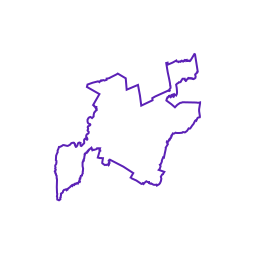 outline of Kota Tebing Tinggi, Sumatera Utara, Indonesia, rotated 30°
{"feature_id": "22746128B29639616204280", "entity_name": "Kota Tebing Tinggi", "entity_type": "district", "adm_level": 2, "iso_a3": "IDN", "parent_name": "Indonesia", "parent_adm1": "Sumatera Utara", "projection": "equal_earth", "projection_center": [99.154, 3.328], "detail": "fine", "context": "isolated", "style": "outline", "palette": "violet", "viewbox_px": 256, "rotation_deg": 30, "n_neighbors": 0, "source": "geoboundaries", "source_scale": "gbopen_adm2", "svg_char_len": 5846}
<svg xmlns="http://www.w3.org/2000/svg" viewBox="0 0 256 256"><g transform="rotate(30 128 128)"><path d="M160.2,44.3L149.2,30.7L148.5,30.8L148.4,37.5L148.3,38.7L148.1,39.2L147.6,39.4L147.1,39.1L146.6,39.5L146.4,40.0L145.6,40.5L145.1,39.9L144.9,40.3L144.3,40.0L143.6,40.6L143.7,41.3L143.1,41.2L143.2,41.7L142.9,42.3L142.7,42.3L142.5,42.8L142.1,42.7L141.8,43.0L140.9,42.8L140.4,43.5L140.5,44.1L140.3,44.5L139.3,44.7L138.8,45.6L138.1,45.4L137.6,45.8L136.7,45.9L136.1,45.4L133.9,49.1L130.8,53.2L129.6,51.6L128.6,52.6L134.4,59.7L139.0,64.8L142.1,68.4L143.4,70.3L143.7,70.3L144.8,72.0L144.6,73.8L145.5,74.7L145.2,75.4L144.8,75.5L144.3,75.1L143.4,76.5L135.8,87.1L134.1,90.0L135.4,91.7L128.3,102.0L122.1,93.9L115.1,85.7L107.7,95.5L101.2,86.1L91.9,86.0L91.4,87.1L87.0,93.8L87.0,94.0L85.9,95.1L84.8,95.9L85.3,96.7L85.4,97.0L83.8,98.7L82.8,98.8L81.6,99.8L81.6,100.2L80.9,100.2L80.8,100.9L80.6,101.0L80.3,102.5L79.5,102.3L79.1,102.7L78.6,102.7L74.9,106.3L71.2,110.6L71.9,113.0L86.3,112.9L86.3,125.5L87.4,125.5L87.5,125.9L88.7,126.2L90.1,125.6L90.2,125.8L89.9,126.1L89.9,126.8L90.2,127.0L90.9,126.9L91.1,127.0L90.9,127.2L90.9,127.5L91.9,128.3L91.5,129.0L91.4,129.8L91.2,130.2L91.3,130.7L91.0,131.4L91.6,133.6L92.5,135.3L91.9,137.4L90.0,137.2L89.2,138.0L88.8,139.1L88.8,141.0L89.7,142.6L90.7,143.6L92.1,143.9L93.2,143.6L93.7,143.9L93.8,144.2L93.7,144.8L92.5,146.7L92.8,147.6L93.5,148.1L94.0,148.9L94.1,150.2L94.6,150.6L95.8,150.9L96.4,151.9L96.3,152.8L95.7,153.6L95.5,154.5L95.6,155.4L96.1,156.4L97.4,157.0L98.4,157.9L98.5,158.5L98.2,158.7L97.4,158.6L97.3,158.2L96.8,158.0L96.4,158.2L95.9,159.6L96.0,160.4L97.6,162.9L97.6,163.4L97.2,164.5L96.9,166.2L96.5,167.0L95.9,167.0L94.6,165.6L94.4,164.7L93.3,164.8L92.9,165.2L92.5,165.7L92.4,166.3L92.8,168.2L92.8,168.9L92.7,170.0L92.2,170.4L90.6,169.3L90.4,168.7L89.8,168.5L89.7,168.2L89.1,168.2L88.7,167.8L88.2,167.9L86.9,169.0L86.5,169.5L86.1,171.6L84.8,173.6L84.0,174.0L80.9,174.9L80.2,175.4L79.4,177.2L79.0,177.5L78.6,178.3L77.7,178.9L78.1,180.7L78.3,182.7L79.3,184.4L79.2,185.2L79.6,187.9L81.6,191.9L82.3,192.1L83.2,193.4L83.2,193.7L83.8,194.9L83.7,196.7L84.2,197.7L85.1,198.6L85.1,199.4L85.4,199.8L86.2,200.1L86.4,200.6L86.2,202.1L86.6,202.5L87.2,202.5L87.9,203.7L88.6,203.8L89.2,204.7L89.9,204.9L91.6,207.5L91.8,207.5L92.4,208.3L95.9,214.8L99.1,219.9L99.7,220.4L100.7,222.9L101.2,223.2L102.5,225.3L104.4,225.1L105.1,223.6L104.2,222.4L104.2,222.0L104.4,221.7L103.8,220.6L103.6,219.7L103.3,219.3L103.2,218.8L102.8,218.5L102.9,217.9L103.5,217.1L103.6,216.7L103.7,216.2L103.3,215.0L103.5,213.8L103.7,213.4L104.8,212.6L104.9,212.1L105.3,211.8L105.7,211.8L106.1,212.3L106.5,211.5L106.2,210.8L107.5,207.8L107.4,207.4L107.8,206.3L108.8,206.2L108.8,205.3L108.4,205.1L108.7,204.7L109.0,204.8L109.1,204.3L109.9,204.2L109.8,203.6L110.0,203.4L109.9,202.8L110.3,202.4L110.9,202.5L111.3,201.3L112.0,201.3L112.1,201.1L111.9,200.8L112.1,200.4L112.4,200.6L112.4,200.1L112.4,199.1L113.2,198.9L113.1,198.3L112.2,198.1L112.1,197.0L111.6,196.4L111.4,195.6L111.6,195.3L111.9,195.3L111.7,194.6L111.3,193.9L111.1,193.1L111.9,192.2L111.5,191.1L111.5,189.8L110.7,188.8L110.5,187.7L110.2,187.4L109.5,185.7L107.7,183.7L105.9,180.6L105.7,179.6L106.0,179.5L106.1,179.0L105.5,178.2L105.8,177.8L105.3,177.2L105.3,176.3L104.3,174.0L104.3,173.5L103.9,172.9L103.9,172.4L103.5,172.3L103.5,171.6L104.2,170.7L104.2,170.1L104.7,170.0L104.5,168.5L104.6,168.1L104.9,168.8L105.1,168.5L104.9,167.0L105.2,166.8L105.1,166.3L106.1,163.6L106.5,164.1L106.9,164.3L107.0,164.0L108.3,165.1L109.1,164.0L109.5,164.0L111.2,162.1L111.6,161.4L111.4,161.1L112.0,160.6L113.9,159.6L114.1,161.2L115.1,161.2L115.4,161.6L115.0,162.1L115.1,162.7L116.6,168.7L118.8,168.1L119.7,167.4L120.5,167.2L121.4,166.7L122.9,170.7L123.4,171.4L126.4,171.7L127.3,170.9L127.7,170.9L128.3,170.1L129.2,169.8L129.8,170.0L129.9,169.4L129.5,168.6L129.5,168.3L128.9,168.2L128.8,167.6L129.3,167.3L128.2,165.7L127.7,165.8L127.8,164.7L128.1,164.5L143.3,163.8L155.1,164.4L155.1,169.5L155.5,169.4L156.3,169.8L161.5,169.3L167.6,169.7L168.3,169.1L168.4,168.5L169.4,168.8L169.6,168.2L169.4,167.7L169.6,167.6L170.5,165.0L172.1,165.0L173.2,164.3L173.7,165.2L175.4,165.0L176.3,164.6L176.2,164.4L178.4,164.4L179.9,163.7L181.0,162.8L181.8,163.4L183.1,161.1L183.3,159.6L183.0,157.3L182.5,156.1L182.3,155.3L180.8,153.8L180.8,151.2L181.4,150.5L181.1,148.3L181.4,148.2L181.4,147.8L175.6,148.9L175.9,147.3L175.3,144.7L174.0,143.9L174.4,143.2L174.3,141.5L174.1,140.1L173.6,139.3L173.1,135.8L173.9,135.7L171.0,126.8L170.5,126.3L170.6,122.1L169.8,121.8L169.8,121.1L169.6,121.0L168.6,120.8L168.5,120.1L169.0,120.1L169.7,119.3L169.4,118.0L170.0,117.5L170.0,117.0L169.5,116.5L170.1,115.5L169.7,114.8L170.0,114.0L169.9,113.7L169.4,113.1L169.4,112.7L169.7,112.5L169.5,112.0L169.7,111.5L169.5,110.3L170.4,110.0L170.9,109.5L171.5,108.3L172.6,108.0L174.9,106.7L177.2,105.1L177.4,104.3L178.5,103.6L179.0,103.6L179.7,103.1L180.6,100.8L180.7,98.0L181.6,97.8L182.1,97.3L182.4,93.3L182.7,92.1L182.5,88.2L182.8,87.4L183.5,87.5L183.2,84.7L183.6,83.8L184.8,82.8L184.4,81.9L181.2,77.9L180.2,76.2L178.1,70.7L177.6,69.8L176.7,70.7L175.9,71.2L174.4,71.8L162.4,78.4L161.6,79.4L160.6,80.2L159.1,83.3L158.3,86.6L153.7,85.7L147.5,85.0L147.0,83.3L146.9,81.9L147.2,81.9L147.3,81.0L147.6,80.7L147.4,79.7L147.7,79.4L149.6,80.0L149.7,79.6L149.1,77.8L150.2,76.5L150.3,78.3L151.9,78.2L151.8,75.7L152.5,75.5L153.4,75.7L153.3,74.1L152.6,72.5L150.2,69.0L148.0,66.4L148.3,65.1L149.1,63.7L149.2,62.9L150.1,62.5L150.6,61.6L150.6,60.9L150.4,60.3L150.6,59.5L150.6,58.1L152.4,57.0L153.1,58.0L153.3,58.0L153.6,57.5L154.2,57.4L154.6,58.2L154.8,58.0L154.6,56.7L155.0,56.1L155.1,55.2L155.4,55.1L155.3,54.4L155.9,54.1L156.8,54.2L157.1,53.6L157.9,53.7L158.2,53.0L159.2,52.8L159.5,53.2L160.3,52.9L161.0,51.8L161.1,51.2L161.3,50.9L160.8,49.5L159.6,48.4L159.4,48.0L160.2,45.6L159.8,45.3L159.9,44.7L160.2,44.3Z" fill="none" stroke="#5b21b6" stroke-width="2"/></g></svg>